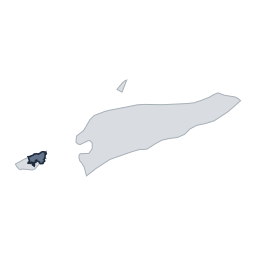 Pante Macassar, Ambeno, East Timor shown in context
{"feature_id": "22284137B41915999739632", "entity_name": "Pante Macassar", "entity_type": "district", "adm_level": 2, "iso_a3": "TLS", "parent_name": "East Timor", "parent_adm1": "Ambeno", "projection": "orthographic", "projection_center": [124.394, -9.27], "detail": "fine", "context": "in_parent", "style": "filled", "palette": "slate", "viewbox_px": 256, "rotation_deg": 0, "n_neighbors": 0, "source": "geoboundaries", "source_scale": "gbopen_adm2", "svg_char_len": 4114}
<svg xmlns="http://www.w3.org/2000/svg" viewBox="0 0 256 256"><path d="M86.5,175.9L84.1,166.8L81.6,162.9L79.7,160.7L79.0,157.9L79.1,155.0L80.3,153.7L88.8,153.4L92.2,148.7L92.2,143.1L90.5,141.2L88.8,140.4L80.0,144.6L77.5,143.8L76.0,142.3L76.5,136.1L83.8,130.3L89.9,119.7L94.2,115.5L104.3,111.6L108.3,110.5L137.5,104.8L144.5,104.4L163.0,104.7L187.8,103.5L193.9,102.8L201.8,100.2L209.5,97.1L213.6,94.7L217.9,92.9L224.3,95.2L235.1,97.0L238.0,98.5L240.6,100.7L228.0,111.7L214.2,120.8L205.7,123.5L196.9,125.3L190.2,128.8L184.5,134.4L177.3,137.5L169.2,138.5L162.2,140.1L155.9,143.4L147.2,149.0L143.6,149.5L139.9,149.4L132.6,151.5L110.0,159.4L96.3,168.3L86.5,175.9ZM15.4,164.0L26.5,158.0L43.5,153.4L43.1,156.7L41.3,162.0L38.8,164.5L34.9,169.0L32.3,170.0L22.1,169.0L20.8,169.7L19.1,169.2L16.5,166.3L15.4,164.0ZM126.7,80.1L122.0,92.1L117.0,89.5L122.4,82.8L124.9,80.8L126.7,80.1Z" fill="#d9dde1" stroke="#a8b0b8" stroke-width="1"/><path d="M34.2,166.1L34.2,165.8L34.2,165.6L34.3,165.4L34.4,165.2L34.4,164.9L34.5,164.9L34.4,164.5L34.4,164.3L34.4,164.2L34.2,164.1L33.9,163.9L33.9,163.6L33.8,163.4L33.7,163.3L33.6,163.2L33.8,162.8L33.7,162.7L33.8,162.6L34.1,162.4L34.3,162.5L34.5,162.8L34.6,162.6L34.9,162.6L35.3,162.5L35.5,162.5L35.8,162.4L35.7,162.1L35.9,161.9L35.7,161.5L35.8,161.4L35.7,161.4L35.5,161.2L35.4,161.0L35.5,160.8L35.5,160.7L35.8,160.4L36.2,160.4L36.3,160.4L36.2,160.2L36.3,160.1L36.5,160.0L36.5,160.3L36.6,160.6L36.8,160.9L36.9,161.0L37.0,161.0L37.3,160.9L37.5,160.9L37.8,161.1L37.9,161.3L38.2,161.6L38.3,161.6L38.6,161.6L38.8,161.6L39.0,161.8L39.1,162.0L39.3,162.0L39.5,162.2L39.5,162.3L39.4,162.5L39.4,162.8L39.5,162.9L39.7,163.0L39.8,163.1L40.0,163.2L40.2,163.3L40.2,163.5L40.3,163.6L40.5,163.6L40.7,163.8L40.8,163.8L41.0,163.7L41.3,163.7L41.5,163.5L42.0,163.5L42.1,163.4L42.3,163.3L42.5,163.3L42.8,163.2L42.8,163.3L42.9,163.5L43.1,163.4L43.1,163.2L43.2,162.9L43.2,162.7L43.2,162.4L43.2,162.1L43.4,162.0L43.4,161.9L43.5,161.8L43.6,161.7L43.8,161.5L44.2,161.6L44.3,161.5L44.5,161.4L44.7,161.1L44.7,160.8L44.7,160.7L44.5,160.3L44.4,160.1L44.3,159.9L44.2,159.8L44.3,159.8L44.3,159.7L44.3,159.4L44.2,159.0L44.2,158.9L44.3,158.5L44.4,158.3L44.6,158.2L44.7,157.6L44.8,157.5L45.0,157.6L44.9,157.4L44.9,157.0L45.0,156.9L45.1,156.6L45.0,156.4L45.0,156.2L45.1,155.9L45.0,155.6L45.0,155.4L45.1,155.2L45.1,154.9L45.1,154.7L45.4,154.5L45.5,154.4L45.7,154.2L45.8,154.1L46.0,154.0L46.1,153.9L46.1,154.0L46.2,153.9L45.9,153.7L46.0,153.7L46.0,153.4L45.9,153.1L45.9,152.9L45.9,152.7L45.8,152.4L45.7,152.3L45.7,152.2L45.6,152.3L45.3,152.1L45.2,152.1L44.6,152.0L44.4,152.0L44.2,151.9L43.8,151.7L43.7,151.7L43.4,151.8L43.2,151.9L42.8,151.8L42.4,151.8L42.1,151.8L41.8,152.0L41.7,152.1L41.3,152.2L41.2,152.2L41.1,152.4L41.0,152.5L40.8,152.6L40.7,152.8L40.4,153.1L40.2,153.2L39.8,153.2L39.6,153.3L39.4,153.6L39.1,153.6L38.9,153.7L38.7,153.8L38.3,153.9L38.3,154.0L38.1,153.9L37.7,153.9L37.4,153.9L37.0,153.8L36.5,153.7L36.4,153.8L35.9,153.8L35.6,153.8L35.4,153.9L34.8,154.1L34.7,154.1L34.5,153.9L34.4,153.9L34.2,154.0L33.9,154.3L33.8,154.7L33.7,154.8L33.5,155.0L33.4,154.9L33.3,155.0L33.2,155.1L32.8,155.2L32.7,155.2L32.1,155.5L31.8,155.7L31.2,155.8L30.9,155.9L30.8,156.0L30.7,156.2L30.6,156.4L30.4,156.6L30.2,156.6L29.8,156.5L29.7,156.6L29.3,156.5L29.2,156.5L28.9,156.6L28.7,156.7L28.4,156.7L28.1,156.7L28.2,156.9L28.3,157.0L28.6,157.4L28.6,157.5L28.5,157.9L28.5,158.0L28.7,158.3L28.6,158.6L28.7,158.9L28.8,159.1L29.0,159.3L29.2,159.6L29.2,159.9L29.3,159.9L29.3,160.0L29.4,160.3L29.5,160.4L29.5,160.5L29.5,160.9L29.5,161.0L29.4,161.1L29.4,161.3L29.6,161.4L29.6,161.5L29.4,161.6L29.2,161.7L29.0,161.8L28.9,161.9L28.6,162.0L28.4,162.1L28.2,162.3L28.2,162.5L28.1,162.8L28.0,163.2L29.0,163.4L29.2,163.2L29.3,163.2L29.5,163.2L29.8,163.0L29.9,162.9L30.0,162.6L30.6,163.0L30.7,163.4L30.9,163.6L31.0,163.6L31.2,163.2L31.3,162.7L31.5,162.3L31.6,162.2L31.7,162.3L31.8,162.2L32.1,162.3L32.4,162.6L32.6,162.7L32.6,162.8L32.8,163.1L32.9,163.3L32.8,163.6L32.8,163.9L32.8,164.0L32.6,164.3L32.5,164.5L32.6,164.8L32.6,165.0L33.4,165.4L33.5,165.5L33.8,165.8L34.0,165.9L34.0,166.0L34.2,166.1Z" fill="#64748b" stroke="#1e293b" stroke-width="1.5"/></svg>